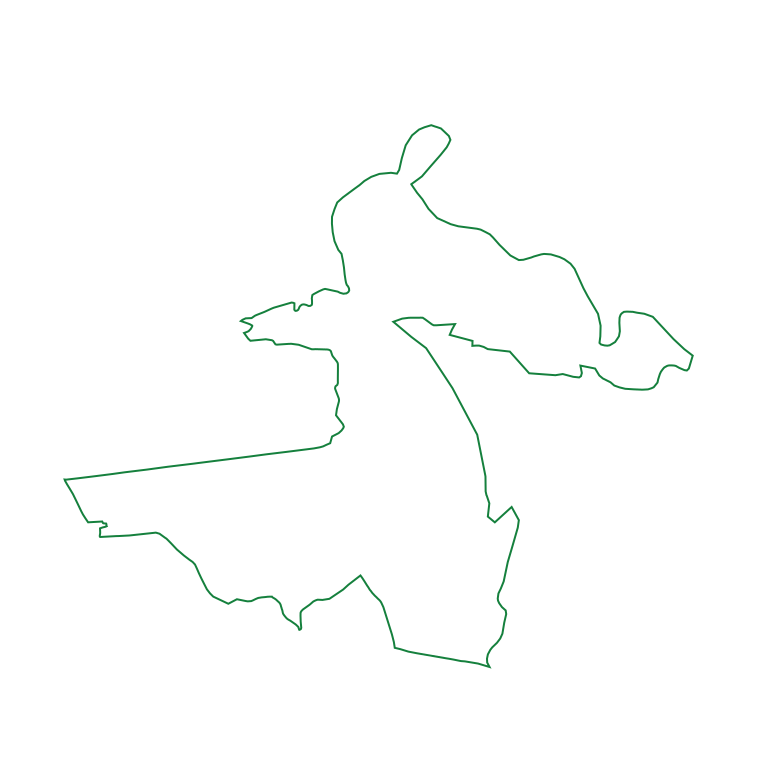 Cam Le, Đà Nẵng, Vietnam, rotated 279°
{"feature_id": "81297802B37110717960369", "entity_name": "Cam Le", "entity_type": "district", "adm_level": 2, "iso_a3": "VNM", "parent_name": "Vietnam", "parent_adm1": "Đà Nẵng", "projection": "robinson", "projection_center": [108.198, 16.017], "detail": "fine", "context": "isolated", "style": "outline", "palette": "green", "viewbox_px": 768, "rotation_deg": 279, "n_neighbors": 0, "source": "geoboundaries", "source_scale": "gbopen_adm2", "svg_char_len": 5714}
<svg xmlns="http://www.w3.org/2000/svg" viewBox="0 0 768 768"><g transform="rotate(279 384 384)"><path d="M296.2,279.0L291.3,262.5L285.5,242.6L280.2,224.3L276.8,212.6L275.5,208.2L268.5,183.6L262.4,163.3L256.2,141.6L252.7,130.1L247.9,113.6L242.6,95.1L239.8,85.0L239.7,83.5L238.4,84.2L235.4,86.6L232.0,89.5L226.6,94.0L218.2,99.9L210.8,105.0L208.0,107.1L204.5,110.2L201.1,113.4L204.1,127.2L202.7,128.2L202.5,128.6L202.7,131.4L202.0,131.8L200.7,132.0L200.2,132.4L199.7,131.7L199.1,130.5L198.3,128.5L197.0,126.1L194.0,126.7L192.4,127.0L189.8,127.0L188.8,127.2L188.5,127.6L190.4,136.4L191.8,142.9L192.4,146.1L194.6,156.4L201.5,181.9L201.0,185.7L197.7,192.2L197.3,193.2L196.3,194.6L193.5,198.4L188.1,205.4L183.3,213.2L180.0,219.3L178.3,222.8L176.1,225.6L172.7,227.9L168.3,230.7L163.3,234.1L157.9,238.0L153.5,241.2L150.0,244.9L147.3,248.6L142.6,264.6L148.4,272.4L148.0,281.5L148.0,283.4L148.6,285.9L148.8,286.8L149.8,288.4L151.5,290.8L152.2,291.9L153.0,293.2L153.3,294.1L154.1,296.5L154.9,299.7L155.7,302.5L156.2,305.0L156.4,306.6L156.2,306.7L155.9,307.1L155.7,307.6L154.8,309.9L154.0,311.4L153.0,312.8L151.7,314.8L151.0,315.5L150.0,316.3L147.6,317.4L147.1,317.7L145.9,318.2L145.1,318.7L144.0,319.2L142.3,319.8L141.5,320.2L140.7,320.8L139.7,321.8L137.9,323.8L136.9,325.2L136.3,326.5L135.6,328.4L132.7,334.4L130.7,337.3L128.0,338.7L128.0,339.1L128.8,340.1L129.3,340.3L130.3,340.4L132.7,339.8L136.2,338.9L142.0,337.8L144.9,337.4L145.6,337.5L146.9,338.0L148.6,339.2L154.4,345.1L156.3,346.7L158.0,348.1L159.0,349.4L160.0,351.0L160.6,352.3L161.1,357.0L163.3,363.7L174.6,375.8L180.2,380.3L191.2,390.7L189.0,392.9L185.9,395.7L182.1,399.0L181.1,400.0L179.7,401.2L178.6,402.1L177.6,403.3L175.7,405.2L174.8,406.4L173.5,408.0L172.3,409.8L171.1,411.4L169.9,413.2L168.9,414.4L167.8,415.4L163.5,418.3L137.9,431.0L130.7,434.1L125.1,435.9L124.7,441.4L123.5,449.9L123.2,458.8L122.8,487.9L122.8,491.1L122.7,495.8L122.4,502.6L122.4,503.7L122.7,507.2L122.6,520.6L121.0,532.5L125.0,529.5L128.8,528.7L133.2,528.9L138.1,530.6L140.8,532.1L146.1,536.1L150.8,538.6L155.9,540.0L167.1,540.1L175.9,540.7L179.4,539.6L182.1,535.4L185.6,532.0L187.9,530.5L189.9,529.9L195.0,529.8L200.3,531.4L207.7,533.1L227.5,534.1L242.1,536.0L250.9,537.1L263.1,538.6L269.3,538.5L270.6,538.5L282.5,529.3L264.7,515.1L269.3,507.3L282.6,506.7L289.7,503.0L290.2,502.6L293.8,501.2L308.5,498.7L309.7,498.3L348.5,484.0L390.6,452.3L403.9,440.2L426.0,420.0L434.8,403.6L446.9,383.5L451.4,391.7L453.3,398.2L455.3,410.3L455.5,411.9L454.3,414.5L450.4,422.0L449.8,423.8L450.1,426.1L454.3,444.8L448.3,442.6L442.8,441.2L440.4,464.7L435.5,465.3L436.4,469.2L436.8,472.1L436.2,476.7L434.7,481.0L435.7,503.2L417.3,525.7L419.5,551.9L421.8,559.0L420.7,569.7L421.0,575.7L422.5,577.3L425.8,577.7L432.9,575.1L432.3,590.1L426.1,595.3L423.7,599.3L421.1,607.5L418.5,611.7L417.5,617.1L417.0,623.0L417.8,631.5L418.8,640.1L420.0,645.6L421.6,648.8L423.0,650.9L428.2,653.9L431.7,654.1L436.9,654.9L439.4,655.6L441.2,656.5L442.7,657.3L444.1,658.2L445.3,659.7L446.1,660.7L446.7,661.9L447.0,663.0L447.4,665.4L447.6,667.6L447.5,669.4L446.1,673.1L444.7,678.6L444.7,681.0L447.0,682.7L460.3,684.5L465.4,675.1L473.6,663.0L486.6,646.4L492.4,639.0L494.1,630.1L494.0,622.7L494.2,618.5L493.5,612.6L492.8,609.7L491.2,608.0L490.1,607.2L489.2,606.8L487.7,606.5L486.3,606.3L481.2,606.9L473.0,608.7L467.9,608.6L465.2,607.4L461.6,605.7L459.3,603.0L457.5,600.8L456.8,598.6L456.6,595.9L456.8,593.6L457.0,592.1L458.3,590.4L464.9,590.2L475.5,588.8L486.8,584.4L502.5,571.5L509.8,566.0L527.6,554.2L532.0,549.4L535.4,542.7L536.9,537.5L538.1,528.6L537.8,524.9L537.5,521.7L536.6,519.0L533.4,512.1L532.0,509.7L528.5,502.2L527.5,497.8L530.7,488.7L539.5,476.3L545.8,468.7L548.4,465.1L550.0,460.4L551.6,455.3L551.9,451.5L551.4,432.7L552.3,424.8L556.2,410.6L563.9,400.6L572.4,393.1L578.0,386.8L585.2,380.0L585.6,379.7L591.4,385.5L595.0,389.0L606.2,395.9L619.2,404.1L627.6,408.9L631.5,410.3L635.5,411.4L636.0,411.1L639.1,409.3L645.3,400.3L646.1,395.7L646.3,394.1L647.0,390.2L643.9,383.8L640.8,378.8L634.0,372.8L623.2,368.1L609.9,366.3L597.8,365.5L593.8,363.9L593.7,357.9L590.8,346.6L586.6,339.0L581.4,332.8L576.8,328.9L572.3,324.4L561.9,314.2L557.2,310.4L556.0,309.4L549.1,307.8L541.0,306.5L534.2,307.5L525.9,309.6L517.3,312.8L509.3,317.9L505.9,321.7L499.7,324.0L492.9,326.2L486.1,328.0L481.0,329.6L478.2,330.6L476.1,331.7L474.8,333.2L472.9,334.5L470.8,335.0L469.1,334.3L467.6,332.7L467.4,331.8L466.8,329.8L467.2,326.3L468.0,323.9L468.3,318.5L468.6,313.5L468.7,310.9L467.9,309.1L465.4,305.3L461.7,300.4L460.6,299.3L457.3,299.3L455.8,299.7L454.3,300.0L451.8,300.4L450.7,300.2L450.1,299.5L449.5,298.7L449.3,297.1L449.9,295.1L450.1,293.1L450.0,291.8L449.5,290.5L448.2,289.2L446.7,288.4L445.3,288.1L443.9,287.7L442.8,286.5L442.4,285.3L442.7,284.4L443.4,283.8L449.7,282.9L450.0,281.6L450.0,280.0L442.2,263.4L441.5,262.2L440.7,260.9L439.1,258.5L436.5,254.6L432.2,247.3L431.2,245.8L428.4,242.9L427.2,237.1L425.2,234.1L423.8,232.8L422.5,240.0L422.0,242.3L421.1,244.7L420.3,244.8L417.7,243.9L415.0,242.0L413.8,240.2L412.5,237.8L407.5,242.8L405.8,245.3L409.7,260.3L409.7,266.5L409.2,267.8L407.3,269.5L406.2,270.6L406.1,272.0L408.7,283.5L409.2,286.1L409.4,293.6L407.0,307.3L407.3,309.1L407.7,310.9L409.2,322.6L409.2,323.9L409.0,325.0L408.8,325.4L408.1,326.4L406.3,327.3L404.2,328.4L403.2,329.2L400.9,331.7L398.5,334.2L397.4,335.0L396.2,335.4L392.0,336.1L382.5,337.5L379.4,338.0L377.7,338.3L375.8,338.0L374.7,337.0L374.3,336.6L373.2,336.3L371.8,336.4L371.4,336.6L362.7,341.6L361.1,342.1L359.7,342.2L351.8,341.4L345.6,341.5L337.7,349.8L335.5,351.0L333.9,350.6L331.4,349.3L328.4,346.9L326.7,344.6L324.0,340.9L317.1,340.1L314.9,336.6L312.9,333.7L311.5,330.7L309.4,324.8L301.7,298.3L296.2,279.0Z" fill="none" stroke="#15803d" stroke-width="2"/></g></svg>